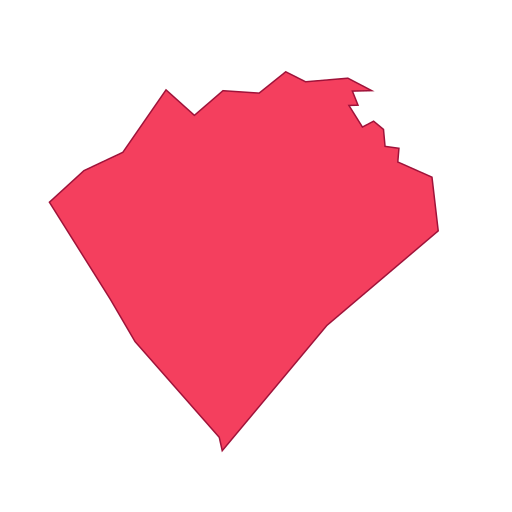 Lyon, Kentucky, United States of America, rotated 77°
{"feature_id": "52423323B26234061394677", "entity_name": "Lyon", "entity_type": "district", "adm_level": 2, "iso_a3": "USA", "parent_name": "United States of America", "parent_adm1": "Kentucky", "projection": "robinson", "projection_center": [-88.137, 37.023], "detail": "fine", "context": "isolated", "style": "filled", "palette": "rose", "viewbox_px": 512, "rotation_deg": 77, "n_neighbors": 0, "source": "geoboundaries", "source_scale": "gbopen_adm2", "svg_char_len": 497}
<svg xmlns="http://www.w3.org/2000/svg" viewBox="0 0 512 512"><g transform="rotate(77 256 256)"><path d="M120.9,106.1L103.4,126.5L97.4,168.5L83.2,185.6L98.0,216.3L87.5,251.0L105.1,284.4L73.9,306.3L125.0,362.4L134.1,404.4L157.1,445.2L265.0,407.8L312.2,393.1L424.4,332.6L438.1,332.7L339.6,202.6L272.5,72.8L218.8,66.8L196.3,96.7L183.2,92.5L178.2,105.6L161.3,103.3L151.1,111.1L154.3,123.3L130.2,131.6L132.0,122.7L117.0,125.0L120.9,106.1Z" fill="#f43f5e" stroke="#9f1239" stroke-width="1.5"/></g></svg>